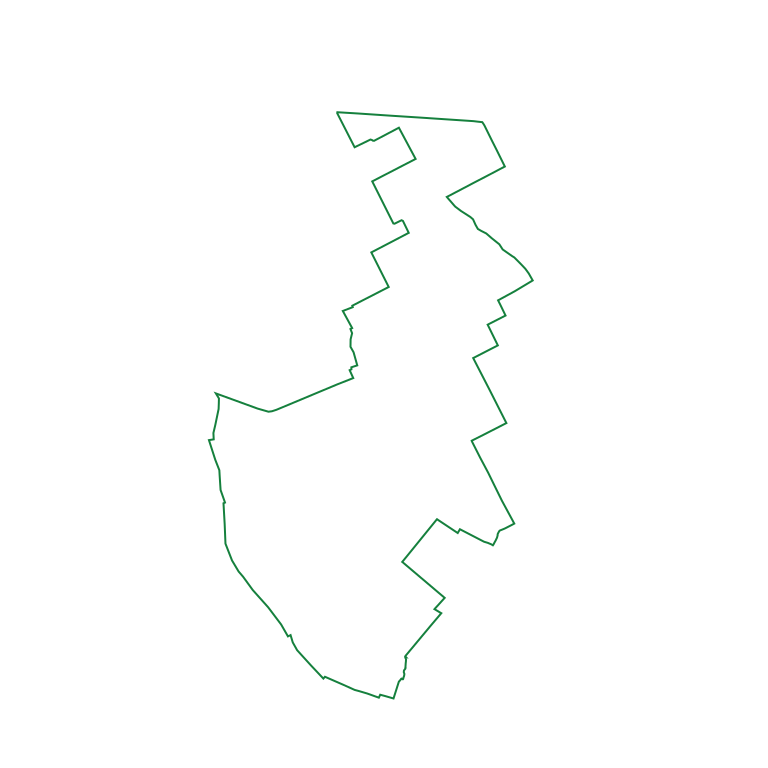 the district of Seaca, Teleorman, Romania, rotated 41°
{"feature_id": "2599482B69816057768197", "entity_name": "Seaca", "entity_type": "district", "adm_level": 2, "iso_a3": "ROU", "parent_name": "Romania", "parent_adm1": "Teleorman", "projection": "mercator", "projection_center": [25.083, 43.758], "detail": "fine", "context": "isolated", "style": "outline", "palette": "green", "viewbox_px": 768, "rotation_deg": 41, "n_neighbors": 0, "source": "geoboundaries", "source_scale": "gbopen_adm2", "svg_char_len": 3081}
<svg xmlns="http://www.w3.org/2000/svg" viewBox="0 0 768 768"><g transform="rotate(41 384 384)"><path d="M263.3,501.4L268.9,503.2L272.3,507.3L275.6,511.4L283.5,525.5L287.4,532.9L291.8,537.5L288.7,541.2L306.4,551.9L316.3,557.1L320.5,561.4L330.2,571.2L341.8,577.8L341.1,579.3L355.6,594.2L369.1,608.5L385.1,616.9L397.3,620.9L404.1,621.9L420.1,625.6L443.0,628.5L464.2,633.0L477.1,637.5L478.2,634.8L484.7,638.9L493.1,641.9L513.5,644.3L531.5,646.1L531.5,643.7L550.3,637.8L562.6,634.1L566.5,632.2L574.4,628.6L577.7,627.3L582.1,625.6L583.6,625.0L585.9,624.1L585.0,621.0L589.5,618.8L597.5,615.1L590.5,598.9L590.5,598.2L590.6,597.5L590.5,596.8L590.5,596.0L590.4,595.1L590.5,594.9L590.6,594.7L590.8,594.6L591.0,594.6L591.4,594.7L591.6,594.7L591.8,594.6L592.0,594.4L592.0,594.2L591.9,593.9L591.7,593.5L591.2,592.5L591.0,592.0L590.8,591.4L590.4,590.7L590.2,590.3L589.7,589.6L589.4,589.3L588.5,588.8L588.1,588.6L587.4,587.7L587.0,587.0L586.9,585.2L586.9,584.9L586.8,584.7L586.7,584.8L585.8,583.4L584.8,582.1L583.5,580.4L582.7,579.2L581.9,578.2L581.6,577.7L581.3,577.4L581.0,577.2L580.6,577.0L580.2,576.8L579.7,576.6L579.4,576.4L579.3,575.8L579.5,575.7L578.7,575.6L578.6,574.5L577.8,536.2L577.6,519.4L576.0,519.7L569.8,520.8L569.8,519.8L569.9,516.1L570.0,510.6L570.1,505.6L568.7,505.6L562.6,505.7L514.5,506.3L514.1,493.7L512.7,452.1L512.7,451.3L537.4,448.1L536.6,443.8L562.6,437.5L563.0,437.4L563.9,437.0L565.0,436.5L566.1,436.0L566.8,435.7L567.5,435.5L568.1,435.3L569.0,435.0L569.5,434.8L570.7,434.5L572.0,434.3L571.9,433.2L571.4,431.2L571.0,429.2L570.8,428.4L570.6,427.7L570.3,426.6L570.1,425.8L570.0,425.6L569.7,425.0L569.3,424.2L569.0,423.6L568.9,423.5L568.7,423.3L568.4,422.9L568.3,422.7L568.1,422.1L567.7,420.4L567.5,419.4L567.6,418.5L568.7,416.4L569.2,415.4L569.6,414.6L570.2,413.3L571.4,410.3L571.8,409.3L572.8,406.8L573.9,403.9L570.8,402.7L549.5,394.7L533.8,388.1L526.7,385.1L520.8,382.6L505.4,376.7L503.4,375.9L501.7,375.2L487.9,369.6L487.4,369.3L493.8,353.6L494.6,351.6L502.0,333.2L501.5,333.0L467.4,319.1L434.3,305.9L441.5,287.9L444.6,280.2L427.1,272.8L423.3,271.2L430.8,252.6L421.0,248.4L415.2,246.0L421.9,228.0L428.3,208.3L420.7,205.6L415.0,204.3L408.7,203.7L399.3,203.0L396.9,203.4L385.3,204.6L379.4,202.9L369.7,203.3L362.4,203.3L356.8,204.7L353.1,205.4L348.6,203.8L343.2,201.3L339.7,201.3L328.7,202.9L321.4,203.4L319.0,203.1L310.6,201.9L308.7,201.6L320.0,172.6L324.9,160.2L332.5,140.6L315.3,133.4L306.2,129.7L290.2,123.0L288.6,122.5L286.4,121.9L282.5,124.6L279.1,126.9L244.3,153.3L241.9,155.1L212.9,177.2L186.5,197.2L170.5,209.5L171.0,210.3L206.5,224.6L213.4,208.4L214.7,207.8L216.1,207.6L217.0,206.9L217.4,205.8L227.1,180.8L260.2,193.4L247.3,225.9L242.2,238.8L285.7,256.7L286.8,256.1L289.8,248.9L291.3,248.5L300.2,252.3L303.5,253.7L295.8,273.4L290.8,286.1L288.1,293.0L323.9,307.7L308.7,345.7L310.0,346.5L305.0,355.9L323.3,362.7L322.6,364.5L326.6,366.6L329.5,372.2L334.3,377.9L340.2,380.0L351.6,387.5L348.4,392.8L349.8,394.3L349.0,396.1L356.9,399.7L348.9,415.1L319.7,474.1L317.3,478.1L315.0,480.7L304.7,485.5L263.3,501.4Z" fill="none" stroke="#15803d" stroke-width="2"/></g></svg>